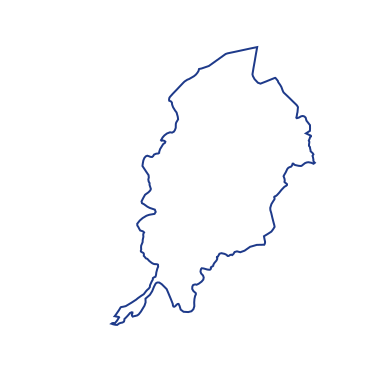 the border of Afghanistan, rotated 150°
{"feature_id": "AFG", "entity_name": "Afghanistan", "entity_type": "country or territory", "adm_level": 0, "iso_a3": "AFG", "parent_name": "Asia", "parent_adm1": "", "projection": "mercator", "projection_center": [67.565, 33.924], "detail": "fine", "context": "isolated", "style": "outline", "palette": "blue", "viewbox_px": 384, "rotation_deg": 150, "n_neighbors": 0, "source": "natural_earth", "source_scale": "50m", "svg_char_len": 4973}
<svg xmlns="http://www.w3.org/2000/svg" viewBox="0 0 384 384"><g transform="rotate(150 192 192)"><path d="M170.0,115.4L175.8,114.9L180.3,115.7L182.7,118.1L185.1,118.7L187.4,117.5L188.8,117.3L189.3,118.1L190.5,118.4L192.2,118.3L193.2,118.9L193.3,119.6L193.5,120.3L194.7,122.1L197.1,124.3L199.1,124.8L201.9,123.1L202.8,123.3L203.2,122.8L203.5,121.5L205.1,120.4L208.2,119.3L209.9,118.3L210.5,117.5L211.5,117.3L212.6,117.5L213.4,117.2L213.7,116.5L214.0,116.1L214.5,115.9L215.0,115.7L215.9,116.0L217.6,117.3L220.1,119.9L221.7,121.1L222.4,120.9L223.4,120.1L224.5,118.7L224.8,116.8L224.2,114.2L224.6,112.1L226.0,110.5L228.5,109.6L232.1,109.2L234.4,109.4L235.2,110.2L236.4,110.7L237.8,110.8L239.1,109.8L240.3,107.9L240.3,105.5L239.3,102.6L239.6,101.7L240.0,101.3L241.4,100.3L243.4,98.1L245.3,95.3L247.1,91.9L249.4,89.8L252.1,89.0L255.3,89.9L259.2,92.5L260.6,95.8L259.7,99.7L259.6,101.8L260.4,102.2L261.7,102.1L263.5,101.5L264.7,101.5L265.3,102.0L265.3,103.1L264.6,104.8L263.9,109.4L263.4,113.3L262.9,117.2L262.5,120.6L263.2,123.3L264.3,127.3L265.6,129.9L266.9,130.8L268.2,131.1L269.4,130.8L272.1,129.1L276.1,126.0L279.9,124.0L285.6,122.9L287.4,119.6L290.0,117.3L296.0,114.0L299.2,112.7L301.1,112.5L303.4,113.1L303.9,113.3L304.4,113.5L305.6,113.7L305.8,114.8L305.5,115.8L304.2,116.8L303.8,117.5L304.3,118.0L306.1,118.2L309.9,116.9L312.3,116.2L314.0,115.8L314.7,114.8L315.7,113.8L317.4,113.7L319.2,114.3L320.7,114.6L323.2,114.3L324.6,115.2L326.5,116.9L327.3,117.9L327.6,118.2L326.6,118.3L325.3,117.7L324.7,116.9L323.4,117.3L321.4,118.0L317.8,119.9L317.9,120.4L320.2,122.3L320.7,122.9L321.0,123.1L318.9,124.0L314.5,126.1L311.6,127.7L310.9,127.8L309.1,127.1L306.5,126.3L305.8,126.3L299.7,126.4L294.2,126.7L291.9,127.1L287.6,127.5L284.9,127.6L283.2,128.3L281.3,129.1L279.3,129.7L277.9,129.9L276.1,130.7L275.0,132.2L271.7,134.6L269.8,135.7L268.9,137.0L267.8,137.1L266.0,136.9L264.6,138.2L263.1,140.2L260.2,143.1L258.7,144.2L257.8,146.1L258.5,147.0L260.8,148.5L261.8,149.8L262.4,150.9L263.5,153.7L264.1,156.4L265.1,157.6L265.4,159.6L265.7,160.8L265.1,161.6L264.6,162.6L264.6,163.5L265.2,164.5L265.7,165.3L266.0,166.0L265.7,166.7L264.6,167.8L264.1,169.0L262.9,170.9L261.1,172.3L259.9,173.2L258.6,175.2L256.5,177.5L255.6,179.4L254.7,180.4L253.7,180.9L253.9,182.0L254.8,183.2L256.1,184.6L256.1,186.8L256.0,188.4L256.1,190.3L255.3,191.9L251.5,193.4L247.8,194.1L243.3,194.2L241.7,193.9L240.3,193.6L235.4,191.8L233.4,192.9L233.0,195.3L236.6,199.4L238.0,201.6L239.7,205.4L240.9,207.3L240.4,209.1L237.2,211.2L234.0,213.1L229.9,213.5L227.4,214.2L226.1,215.2L225.2,219.4L224.3,220.9L224.3,222.7L223.5,224.8L222.2,226.1L221.2,228.3L221.5,232.4L221.9,239.3L220.2,241.5L218.3,243.7L216.2,245.3L214.2,246.0L212.6,245.8L211.3,244.4L210.5,243.3L209.1,242.3L207.7,242.5L206.2,243.4L203.9,243.1L201.9,242.2L200.9,242.3L200.3,243.2L198.2,245.1L193.0,247.9L190.8,248.1L189.9,248.9L190.3,250.0L191.2,251.0L192.8,251.7L192.9,252.4L191.5,253.1L190.3,253.9L187.6,254.8L184.4,255.2L181.2,254.7L179.6,253.4L177.6,253.3L175.8,254.2L174.0,255.7L172.0,259.0L171.4,259.6L170.9,260.1L169.6,260.8L167.7,261.9L166.7,264.3L165.6,268.6L165.9,270.9L166.0,274.9L165.5,277.7L164.7,279.5L164.9,280.9L166.1,282.5L165.6,283.6L164.6,284.8L163.5,285.4L159.5,286.7L153.9,288.3L150.3,289.4L144.8,291.0L143.2,291.4L139.9,291.6L138.1,291.3L135.8,291.3L132.4,291.3L130.0,291.7L127.6,292.6L125.8,293.6L124.8,294.6L124.4,295.0L122.0,294.2L114.4,292.7L93.9,294.7L91.9,294.3L84.9,292.0L75.9,289.1L70.3,287.3L63.1,284.9L68.0,279.1L72.3,273.9L76.6,268.8L80.8,263.7L81.3,261.9L81.4,258.4L80.3,253.7L78.5,251.6L72.6,250.7L68.2,250.1L63.3,249.4L62.7,249.1L62.1,245.4L62.4,243.8L62.1,240.7L62.1,238.2L62.8,234.2L62.9,232.4L60.6,224.6L59.4,220.2L58.1,215.7L57.8,214.3L57.8,212.5L60.8,208.3L61.7,207.4L63.4,205.3L64.5,204.2L64.3,203.5L62.4,203.0L59.6,203.0L58.0,202.4L56.9,201.2L56.4,199.6L57.2,196.6L56.4,190.9L58.0,188.0L59.3,186.0L64.0,185.8L62.4,183.5L61.6,182.2L61.1,181.8L60.9,181.2L61.2,180.6L62.4,180.4L63.2,179.6L64.5,178.6L65.2,178.1L65.3,176.8L65.9,175.9L66.8,174.8L67.6,173.5L67.4,172.0L68.1,170.2L68.4,169.0L68.9,168.0L68.5,166.6L68.1,165.4L68.0,163.9L68.7,163.5L69.6,163.0L69.8,161.8L70.3,160.4L70.7,159.3L71.3,158.3L71.4,157.4L71.0,155.9L72.6,155.7L73.2,156.5L74.0,157.6L76.3,159.6L77.8,160.2L79.6,160.5L81.9,160.2L83.7,159.9L84.6,160.0L86.6,161.4L88.9,163.5L89.7,164.4L90.0,165.8L90.7,166.2L92.2,164.9L93.6,164.4L94.9,164.7L96.4,164.8L97.9,164.3L98.5,163.9L101.1,162.1L103.4,160.8L104.8,159.9L105.3,157.1L106.0,155.5L106.9,154.5L106.6,153.4L106.2,152.5L105.8,151.3L106.2,150.6L107.1,150.3L109.4,150.3L113.5,149.1L116.8,147.8L120.0,146.8L121.4,146.6L122.7,146.8L123.4,146.5L123.5,145.5L124.3,144.4L126.0,143.6L129.3,141.8L132.2,139.1L133.2,137.1L133.9,134.1L135.3,129.5L136.7,124.5L137.3,122.2L137.9,120.5L140.5,119.1L143.1,118.0L147.1,117.8L151.8,117.7L152.8,114.9L153.5,112.6L154.2,111.4L155.4,110.4L155.8,110.2L158.3,111.6L162.3,113.8L166.8,114.9L169.1,115.5L170.0,115.4Z" fill="none" stroke="#1e3a8a" stroke-width="2"/></g></svg>